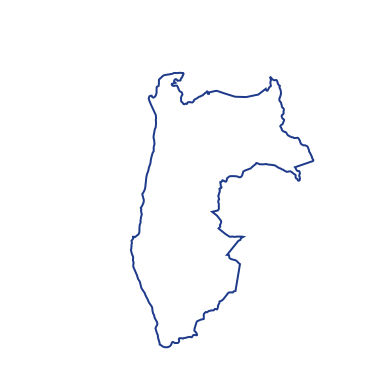 SVG path tracing the border of Peru, rotated 38°
{"feature_id": "PER", "entity_name": "Peru", "entity_type": "country or territory", "adm_level": 0, "iso_a3": "PER", "parent_name": "South America", "parent_adm1": "", "projection": "albers", "projection_center": [-73.974, -9.194], "detail": "fine", "context": "isolated", "style": "outline", "palette": "blue", "viewbox_px": 384, "rotation_deg": 38, "n_neighbors": 0, "source": "natural_earth", "source_scale": "50m", "svg_char_len": 6051}
<svg xmlns="http://www.w3.org/2000/svg" viewBox="0 0 384 384"><g transform="rotate(38 192 192)"><path d="M269.5,116.2L269.4,117.1L269.0,117.5L268.2,117.6L267.1,116.9L266.2,117.1L265.4,117.1L264.2,116.3L263.8,115.4L262.9,114.8L261.0,115.0L259.4,115.0L258.1,114.9L256.9,115.1L255.9,115.9L255.1,116.9L254.2,117.8L251.6,118.3L250.2,118.3L249.0,118.8L247.1,119.0L245.9,119.5L241.0,120.0L238.9,121.1L237.3,122.1L234.7,123.7L233.2,124.3L231.5,126.0L229.3,127.7L228.0,128.6L225.9,129.0L225.1,129.4L224.8,129.9L225.0,130.6L224.0,135.1L223.7,137.3L222.3,139.6L220.9,141.8L220.2,143.3L219.8,144.4L220.2,145.2L221.3,148.1L221.4,149.0L221.3,150.0L220.7,150.9L219.7,151.5L218.4,151.7L215.8,153.3L212.8,155.6L211.9,156.7L211.2,159.4L211.4,160.2L211.9,160.8L212.4,162.2L212.4,162.9L212.0,163.3L210.4,163.5L209.9,163.9L209.3,163.8L208.8,164.0L208.8,164.6L208.9,165.2L208.9,166.0L208.2,166.7L208.5,167.2L209.8,168.2L210.9,169.5L211.7,169.7L212.4,170.2L212.5,170.9L212.3,171.6L211.7,171.9L211.6,172.6L213.0,173.8L213.6,174.6L214.1,175.8L214.1,176.5L214.7,177.4L215.0,178.1L215.0,178.8L217.3,180.6L217.8,180.9L218.0,181.4L217.9,182.2L218.7,183.6L220.2,184.6L223.6,188.8L223.7,190.7L220.1,195.2L223.0,195.2L226.0,195.2L229.1,195.9L231.2,196.5L232.5,196.8L233.4,197.5L234.2,199.5L234.3,200.8L235.6,201.9L235.4,204.4L244.0,204.5L248.0,204.2L249.5,203.9L251.4,202.1L252.5,201.6L253.6,200.8L254.9,199.4L255.9,198.7L256.8,197.9L258.1,197.1L258.6,196.5L260.0,195.8L259.6,196.6L259.3,197.5L259.1,198.6L259.6,199.9L259.2,200.9L258.6,201.8L258.3,220.0L259.0,219.5L259.9,219.0L261.2,220.2L262.0,220.8L262.8,220.9L263.5,220.9L264.6,220.6L266.9,219.6L268.5,218.9L270.3,218.9L272.8,219.3L274.2,219.3L287.2,243.2L286.0,244.8L286.0,246.0L285.2,246.7L284.4,247.1L283.4,248.1L282.7,248.9L282.7,256.6L282.5,258.4L282.0,259.9L281.1,261.2L281.9,262.7L282.5,265.7L283.1,266.3L283.7,267.6L284.0,268.7L283.9,269.2L282.5,269.7L282.0,270.2L281.9,271.9L281.3,272.5L280.3,273.3L279.1,274.8L278.6,275.2L277.9,277.5L276.7,278.2L276.5,279.6L276.4,280.7L277.1,281.9L279.2,284.4L279.4,285.0L278.1,286.4L277.4,287.4L275.7,290.5L275.6,291.1L276.0,292.6L278.5,298.9L278.9,299.4L279.7,300.0L281.0,300.0L283.0,300.7L283.9,301.5L284.0,301.8L283.8,302.1L281.6,303.3L281.2,303.9L281.1,304.9L281.3,306.4L280.8,306.9L279.6,307.5L278.6,308.3L277.6,309.7L275.9,311.8L275.4,312.4L275.1,313.1L274.1,313.4L272.3,314.8L272.0,315.5L272.3,316.2L273.2,316.8L273.8,317.7L274.0,318.8L273.9,319.5L272.8,320.5L271.4,321.6L269.6,321.8L268.9,322.4L269.1,323.7L269.6,325.4L269.6,326.8L269.0,328.3L267.7,330.0L265.8,331.2L264.0,331.8L262.5,331.8L261.1,331.9L260.5,332.1L259.5,331.0L254.8,327.6L253.0,325.7L251.3,324.9L247.2,321.9L246.8,321.0L246.3,317.9L245.8,317.1L244.4,316.0L240.8,314.5L239.5,313.8L238.0,312.4L235.9,311.5L233.6,309.6L232.3,308.0L230.7,307.0L225.9,305.5L223.5,304.1L219.1,302.1L217.1,300.8L212.2,299.2L210.8,298.5L206.1,294.8L202.8,293.6L200.1,291.6L192.0,287.2L190.7,285.8L189.5,283.6L187.7,282.4L185.6,279.4L182.6,277.7L179.7,275.4L178.6,273.3L176.7,270.6L176.1,269.2L174.4,267.7L174.3,264.9L173.1,263.6L173.9,263.0L174.8,262.7L175.9,258.3L175.3,256.1L172.3,252.1L171.1,250.2L170.3,247.7L169.1,246.3L167.3,243.2L166.2,240.5L163.7,238.5L163.1,237.8L162.7,236.8L161.4,236.1L161.3,234.0L160.3,230.0L159.0,228.0L154.1,224.3L154.0,222.8L153.6,220.2L152.5,217.4L147.0,208.6L145.7,206.0L144.3,201.7L143.0,199.3L141.6,195.0L139.6,191.7L138.3,188.9L136.9,185.4L136.7,183.5L134.2,180.2L132.9,177.3L130.6,174.8L128.3,172.9L127.3,171.6L124.0,165.3L123.6,163.4L121.3,159.9L119.1,157.4L117.8,155.4L116.0,153.6L105.3,148.1L101.5,145.9L100.2,144.8L99.6,143.0L99.8,142.0L100.9,141.0L102.4,141.7L103.4,141.4L104.1,140.1L104.0,138.2L103.1,135.8L99.6,131.2L99.8,130.2L100.4,129.0L99.1,126.8L97.6,125.0L96.8,123.6L97.6,118.3L98.3,116.9L103.4,111.4L104.7,109.1L106.9,107.6L109.2,105.4L111.9,103.7L112.7,104.2L112.8,105.3L113.1,105.7L113.1,106.6L113.5,107.1L113.6,108.6L113.4,109.0L113.6,109.8L114.2,111.1L114.0,111.6L112.9,112.3L112.4,113.1L111.5,113.1L110.3,112.8L109.5,113.3L109.2,114.2L109.5,114.9L109.6,115.6L110.1,116.2L111.7,116.2L109.6,119.1L109.8,119.7L110.6,120.1L111.3,120.2L112.6,119.4L114.0,117.8L114.9,117.5L116.1,118.0L117.6,118.9L119.4,119.8L120.2,120.2L122.6,119.8L124.5,121.1L124.7,123.1L125.4,124.6L127.4,127.0L128.3,127.4L129.5,127.4L131.2,127.9L131.9,127.6L132.7,126.1L133.6,125.9L133.7,125.2L133.5,124.5L133.7,123.6L134.4,122.9L137.1,121.3L137.5,119.7L137.4,119.2L137.0,118.5L137.1,117.7L138.2,115.1L139.0,112.4L139.6,111.9L140.2,110.2L141.0,109.2L140.9,108.1L141.2,107.6L141.3,106.4L142.0,103.9L142.0,103.4L142.4,103.3L143.0,103.4L143.5,104.0L143.6,104.5L143.9,104.8L144.3,104.7L144.9,104.4L144.8,103.9L144.4,103.4L144.3,103.1L144.5,102.6L148.2,98.0L149.3,97.0L156.9,94.3L167.3,90.4L176.3,83.8L183.1,75.7L184.2,74.6L186.6,65.3L187.5,66.0L188.7,66.0L189.1,65.7L188.5,62.0L188.6,61.2L188.9,60.3L188.8,59.7L187.9,59.0L186.3,57.5L185.7,56.2L185.3,55.1L183.1,53.7L183.2,53.2L183.9,53.2L185.5,53.7L187.6,53.5L188.5,52.9L189.4,51.9L190.0,51.9L190.7,52.1L192.8,53.6L193.7,54.1L194.6,54.3L195.3,54.4L195.9,54.3L196.6,55.8L197.6,56.4L198.8,56.9L201.1,59.1L201.8,60.1L202.5,61.8L202.8,62.9L203.2,63.5L203.1,64.2L203.9,65.4L204.4,66.0L205.5,66.4L207.4,66.9L208.4,67.9L209.3,68.3L210.3,69.4L211.2,69.8L212.3,69.7L213.4,70.2L214.2,71.3L214.7,72.6L215.6,73.3L216.0,74.6L215.5,76.2L215.9,77.0L216.8,77.7L218.2,78.4L219.5,78.2L220.1,78.4L220.5,79.1L221.6,82.9L221.1,84.1L220.9,84.9L221.1,85.9L223.7,86.9L224.4,87.7L225.2,87.9L226.4,87.9L227.9,87.7L228.7,87.2L229.2,87.1L232.7,88.3L234.2,88.0L235.4,87.8L236.7,87.5L238.0,86.7L239.0,86.7L239.8,86.2L241.8,84.3L242.6,84.1L245.5,85.2L246.5,86.1L247.2,86.3L248.0,86.9L249.5,86.9L251.1,86.6L252.3,85.6L254.6,85.0L255.4,85.2L258.6,87.1L259.4,88.1L260.5,88.3L261.4,88.8L262.9,89.4L263.8,90.0L264.8,90.4L265.6,91.2L266.8,91.7L267.8,92.0L268.3,92.7L268.3,93.1L268.1,93.4L257.9,109.1L258.4,109.2L261.0,110.4L261.7,110.5L262.7,110.2L263.3,109.7L263.9,109.6L265.4,110.7L266.1,112.4L266.5,113.3L267.6,113.9L268.8,115.0L269.5,116.2Z" fill="none" stroke="#1e3a8a" stroke-width="2"/></g></svg>